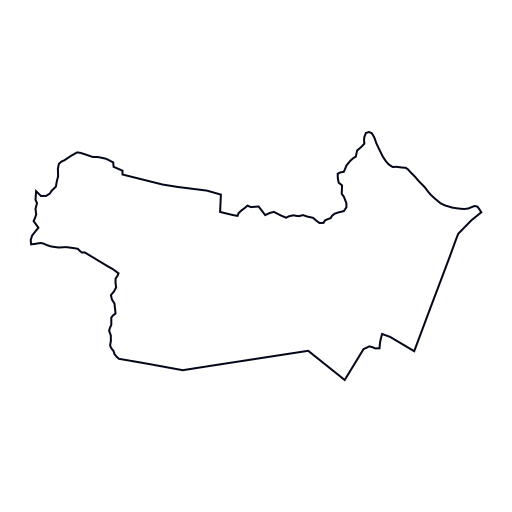 the district of São Gonçalo do Amarante, Ceará, Brazil
{"feature_id": "56859067B19519417683634", "entity_name": "São Gonçalo do Amarante", "entity_type": "district", "adm_level": 2, "iso_a3": "BRA", "parent_name": "Brazil", "parent_adm1": "Ceará", "projection": "natural_earth1", "projection_center": [-39.073, -3.592], "detail": "fine", "context": "isolated", "style": "outline", "palette": "ink", "viewbox_px": 512, "rotation_deg": 0, "n_neighbors": 0, "source": "geoboundaries", "source_scale": "gbopen_adm2", "svg_char_len": 2609}
<svg xmlns="http://www.w3.org/2000/svg" viewBox="0 0 512 512"><path d="M481.3,212.3L479.1,208.9L477.4,206.6L474.5,206.0L471.7,207.1L468.3,208.5L464.4,209.0L461.1,208.8L456.1,208.2L452.2,207.6L448.6,206.5L444.6,205.3L440.3,203.1L438.2,201.3L434.9,198.6L432.8,196.7L430.5,194.5L427.7,191.2L425.0,187.5L422.7,185.1L420.5,182.9L418.2,180.5L415.1,176.8L410.1,171.8L408.0,169.4L405.7,167.8L402.6,167.6L399.4,167.2L396.5,166.8L392.6,167.0L388.7,164.4L385.9,161.3L382.8,156.6L379.0,148.9L376.3,143.2L374.4,137.7L371.9,133.3L368.7,132.0L365.9,133.0L364.3,137.2L364.0,140.1L364.4,143.6L360.8,147.4L357.1,150.5L355.8,156.6L353.2,158.2L350.4,160.7L346.5,165.4L345.1,168.9L343.8,171.8L340.6,172.3L337.7,173.7L337.8,178.1L338.7,182.7L342.0,185.3L341.9,190.1L341.7,193.8L343.9,196.8L345.0,199.6L346.4,203.3L346.4,207.3L343.9,211.1L338.5,212.4L334.6,213.7L332.2,215.6L330.6,218.2L327.8,219.1L325.0,220.4L323.5,222.9L319.5,223.0L316.6,220.9L313.0,217.8L307.4,216.6L303.0,215.1L299.2,216.1L296.5,215.9L293.5,215.3L289.2,216.2L286.0,217.7L282.8,216.3L280.1,215.1L276.8,213.4L273.9,211.9L269.7,213.0L265.2,215.1L258.6,206.5L250.8,207.1L247.5,205.6L245.0,207.8L241.6,210.3L238.6,213.1L237.5,215.9L233.2,215.1L228.5,214.0L225.1,213.2L220.1,211.9L220.9,194.6L206.8,190.6L190.9,188.6L177.3,186.9L162.4,184.5L122.5,174.5L122.5,170.7L113.6,166.8L113.2,162.4L106.2,158.8L99.9,157.4L97.2,157.0L92.8,157.0L89.3,155.8L86.5,154.8L80.6,152.9L77.1,152.4L70.6,156.1L64.2,160.4L61.4,161.6L58.9,163.8L57.9,168.6L58.0,171.6L58.1,176.3L56.7,181.8L55.9,186.6L51.5,190.9L49.8,193.6L46.1,195.9L41.0,196.0L36.1,191.2L35.5,199.8L37.0,203.1L35.5,208.9L36.2,214.5L35.0,218.0L33.6,221.2L35.7,223.9L38.4,227.8L36.1,230.5L32.1,235.6L30.7,240.0L31.1,244.3L34.6,244.0L37.8,243.4L40.7,243.0L43.6,243.6L46.9,245.1L51.2,246.5L55.5,247.1L58.4,247.5L61.1,247.4L65.4,247.1L68.7,247.4L71.3,247.8L74.3,248.2L77.8,248.8L79.7,250.8L82.0,252.6L84.7,252.4L107.7,266.3L112.6,269.0L118.5,273.3L117.3,276.2L115.6,278.4L115.5,282.5L116.1,287.4L114.1,291.3L110.9,295.1L111.9,299.4L114.5,303.6L114.8,307.0L115.2,310.0L115.5,313.6L113.0,315.4L111.3,317.6L111.3,321.1L111.3,324.9L110.0,327.7L109.1,330.7L110.8,335.4L110.9,341.0L110.1,345.3L111.1,348.0L113.6,351.1L114.5,354.2L116.6,356.7L118.9,358.8L146.1,363.5L172.9,368.4L182.8,370.2L209.4,366.0L308.2,350.8L344.7,380.0L363.6,349.0L366.2,347.9L369.2,346.4L372.3,347.1L374.9,348.3L379.5,348.3L379.8,344.9L380.2,341.6L380.9,338.4L382.1,334.0L390.1,336.9L414.2,351.2L432.8,301.5L437.9,288.1L439.4,284.1L450.0,256.0L455.1,241.9L458.2,233.8L463.0,228.9L471.6,220.1L481.3,212.3Z" fill="none" stroke="#020617" stroke-width="2"/></svg>